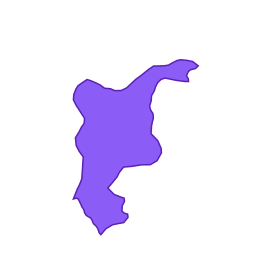 outline of Changdo, Kangwŏn-do, North Korea, rotated 46°
{"feature_id": "82179303B43918374415643", "entity_name": "Changdo", "entity_type": "district", "adm_level": 2, "iso_a3": "PRK", "parent_name": "North Korea", "parent_adm1": "Kangwŏn-do", "projection": "equal_earth", "projection_center": [127.856, 38.569], "detail": "fine", "context": "isolated", "style": "filled", "palette": "violet", "viewbox_px": 256, "rotation_deg": 46, "n_neighbors": 0, "source": "geoboundaries", "source_scale": "gbopen_adm2", "svg_char_len": 1620}
<svg xmlns="http://www.w3.org/2000/svg" viewBox="0 0 256 256"><g transform="rotate(46 128 128)"><path d="M132.1,34.3L125.1,35.3L119.8,39.0L115.4,42.8L113.6,45.7L111.8,51.4L110.9,55.2L108.2,59.0L104.7,62.8L101.2,66.6L100.2,72.4L99.3,81.9L98.4,88.6L98.3,95.2L98.2,101.0L96.4,106.7L92.0,111.5L87.6,113.3L83.2,117.2L77.9,118.1L72.6,120.0L68.2,121.9L67.4,122.3L64.7,123.8L63.8,128.6L62.9,134.3L63.0,135.1L63.7,138.1L66.3,143.8L69.8,147.7L75.9,149.6L81.1,150.6L85.5,151.5L90.8,152.5L94.2,156.3L95.1,161.1L96.8,165.9L98.5,172.6L104.6,177.4L110.7,179.3L117.7,180.3L123.8,187.0L128.2,191.8L132.5,196.6L135.1,202.3L136.8,207.1L141.1,216.6L142.5,214.1L143.3,213.5L143.8,213.3L145.1,213.3L150.3,215.0L152.9,216.0L153.4,216.1L154.7,216.2L156.9,216.9L157.7,217.4L159.0,218.2L161.7,218.7L162.3,218.6L163.9,218.3L166.8,217.4L167.8,217.6L169.2,217.9L172.0,219.0L172.8,219.3L176.3,219.1L176.9,219.2L179.3,219.6L182.3,221.0L183.1,221.4L185.2,221.7L185.9,221.6L185.1,213.9L186.9,206.3L190.5,200.6L193.1,196.8L192.3,190.1L189.7,188.1L186.2,190.0L183.5,190.0L180.0,186.2L178.3,181.4L175.7,179.5L172.2,181.4L166.0,184.2L161.6,184.2L157.2,184.2L156.4,176.6L155.6,169.9L153.9,165.1L153.0,158.4L158.4,151.7L163.7,144.1L169.9,137.4L171.7,129.8L169.1,121.2L165.6,118.3L157.8,115.4L153.4,115.4L148.1,115.4L142.9,109.7L140.3,105.9L138.6,103.0L135.1,100.1L130.7,99.2L127.2,97.2L124.6,92.5L121.1,88.6L119.4,82.9L117.7,80.0L116.0,75.3L116.0,70.5L117.8,66.7L120.5,64.8L127.5,60.0L131.0,57.2L134.6,54.3L136.3,52.4L136.6,52.2L134.6,50.5L131.1,49.6L129.4,45.7L129.4,42.9L132.1,38.1L132.1,34.3Z" fill="#8b5cf6" stroke="#5b21b6" stroke-width="1.5"/></g></svg>